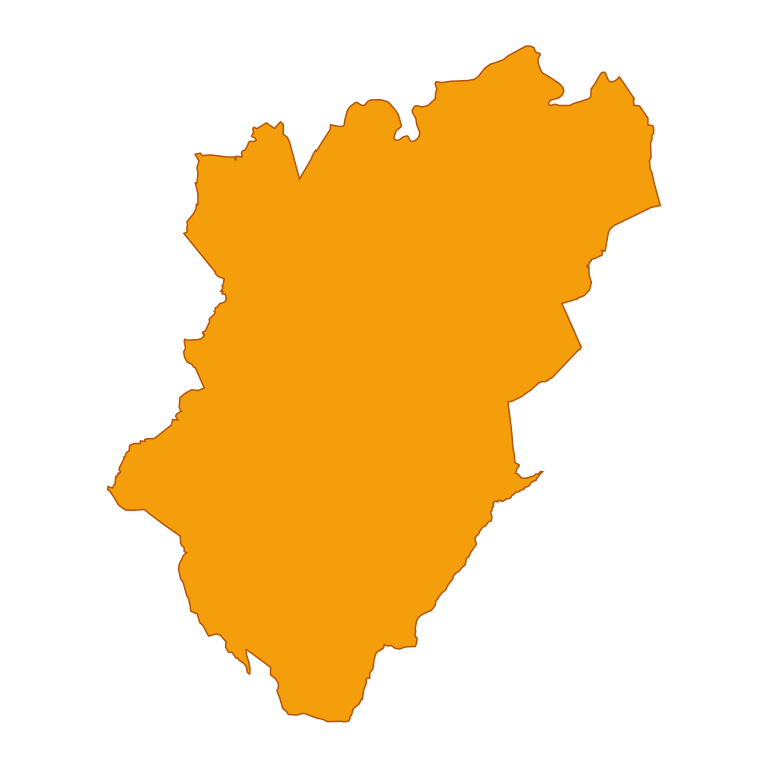 Penjamillo, Michoacán, Mexico
{"feature_id": "50627088B96550332403790", "entity_name": "Penjamillo", "entity_type": "district", "adm_level": 2, "iso_a3": "MEX", "parent_name": "Mexico", "parent_adm1": "Michoacán", "projection": "albers", "projection_center": [-101.903, 20.095], "detail": "fine", "context": "isolated", "style": "filled", "palette": "amber", "viewbox_px": 768, "rotation_deg": 0, "n_neighbors": 0, "source": "geoboundaries", "source_scale": "gbopen_adm2", "svg_char_len": 6078}
<svg xmlns="http://www.w3.org/2000/svg" viewBox="0 0 768 768"><path d="M330.6,124.8L330.2,129.4L316.3,151.2L315.5,150.3L312.6,155.2L311.4,158.7L299.5,179.0L289.4,141.6L287.1,137.1L283.3,134.3L283.4,124.6L280.5,121.7L274.5,128.4L266.3,122.9L256.8,128.7L254.3,127.3L253.5,127.4L252.8,129.7L253.6,131.8L251.6,136.5L254.4,137.6L256.3,139.8L256.2,140.4L254.4,141.3L249.8,141.3L248.7,142.2L247.8,144.9L245.4,149.4L245.0,150.1L242.5,151.0L241.4,153.0L242.2,156.8L235.9,156.3L235.8,160.8L234.3,157.0L227.0,157.0L210.3,154.9L202.5,155.6L200.3,153.2L195.4,154.1L195.3,154.9L199.0,160.7L197.0,167.5L197.9,173.4L197.0,183.0L195.3,182.8L197.9,193.6L197.9,204.8L196.4,204.3L196.1,208.6L192.9,214.5L187.1,221.4L187.5,225.7L186.9,227.2L187.1,232.1L183.8,233.4L215.3,272.1L215.4,273.6L218.1,276.4L224.2,278.8L222.8,285.9L222.1,285.8L222.9,288.0L220.7,291.3L222.8,291.6L222.0,293.8L225.1,294.2L226.0,296.7L226.0,299.7L225.3,301.3L223.2,302.7L220.1,303.4L216.7,307.5L215.3,307.9L214.9,311.2L214.2,311.6L214.9,312.0L214.9,313.5L209.2,319.0L209.5,322.0L205.8,330.0L204.8,331.2L203.2,331.7L202.6,332.8L202.6,333.3L203.8,333.7L203.6,335.1L204.4,335.3L203.4,336.8L200.2,339.1L196.8,339.7L188.0,340.2L184.5,339.3L184.3,341.8L185.4,346.9L185.2,349.1L183.6,351.9L184.6,357.3L187.3,362.2L191.7,364.2L193.6,366.9L195.4,368.0L204.3,387.9L198.2,390.5L191.6,389.8L185.0,393.4L179.9,397.7L179.2,407.4L180.6,410.5L181.4,411.2L177.4,413.4L176.2,414.7L175.6,416.3L177.9,420.0L172.7,419.5L171.4,425.0L158.0,435.6L154.0,438.6L147.1,438.6L147.1,439.1L144.9,439.4L145.0,441.4L140.4,440.9L140.2,443.6L134.7,443.4L129.6,445.4L129.1,450.8L126.4,452.7L124.7,457.2L123.9,457.1L123.4,459.9L119.5,467.5L119.0,470.1L120.6,471.4L119.3,473.7L118.3,473.1L116.7,476.6L115.7,476.5L115.0,484.2L114.0,484.8L112.4,488.0L108.1,486.5L107.7,489.8L109.5,490.6L113.7,496.8L117.2,502.6L117.3,503.6L118.3,504.2L119.1,505.6L125.3,509.9L131.2,510.4L142.3,509.6L145.1,509.8L148.3,512.9L162.5,523.6L180.2,536.1L180.7,543.5L181.8,545.6L183.4,546.8L184.2,548.3L184.2,551.6L186.6,552.7L183.6,555.2L179.3,564.1L178.5,569.0L180.6,578.6L183.2,582.6L186.8,595.9L188.3,597.9L189.9,604.9L190.4,605.3L190.2,607.7L191.0,611.3L197.4,614.0L199.4,621.6L200.4,623.2L202.9,625.3L208.3,635.6L209.0,636.1L215.8,634.0L220.1,635.0L226.0,641.7L225.6,647.1L228.3,651.9L232.4,652.7L235.9,658.0L237.6,657.8L238.5,659.8L243.3,663.1L246.1,666.0L247.5,672.6L249.7,674.0L250.0,669.1L249.0,662.9L246.5,654.6L246.1,649.7L246.7,649.6L270.6,667.3L270.5,674.7L275.8,679.0L278.1,682.9L278.5,685.2L278.1,688.9L277.2,689.8L277.0,691.0L280.0,698.7L282.4,707.3L283.1,708.7L286.7,711.7L288.3,714.4L296.2,715.1L302.7,713.4L304.4,713.4L315.2,717.6L323.1,719.4L327.2,721.6L341.4,721.3L344.0,721.9L348.8,721.0L349.6,719.5L350.1,716.7L351.5,715.1L352.9,709.8L353.9,708.1L359.0,704.1L362.0,698.3L362.4,698.8L363.8,689.8L366.4,682.8L366.0,679.8L367.1,678.2L369.7,678.1L369.7,673.0L372.9,668.9L374.1,659.4L375.7,654.1L377.0,652.1L379.0,650.4L380.1,650.7L381.4,649.0L382.6,649.0L383.8,647.4L384.1,644.6L388.0,646.0L391.2,645.5L395.1,648.3L399.9,649.0L403.4,647.5L406.9,646.8L415.2,646.5L416.5,643.5L417.1,638.1L416.5,637.2L415.7,637.2L414.8,633.6L415.6,632.5L415.4,627.4L416.6,621.0L417.5,619.0L418.7,617.2L422.7,614.1L431.5,610.3L435.2,605.4L436.1,600.2L437.4,599.6L439.5,595.9L442.0,592.9L445.8,589.7L448.4,584.3L452.5,579.4L453.5,575.5L456.1,572.9L459.0,571.3L460.8,568.8L465.1,564.8L466.6,558.2L468.9,556.7L470.4,552.9L476.4,544.2L475.1,539.4L475.1,537.6L478.8,533.7L480.2,530.5L482.3,527.7L484.2,526.3L485.5,526.0L488.4,521.9L491.1,521.0L492.0,517.5L490.6,512.0L492.1,510.2L492.1,508.2L493.5,506.3L493.1,503.0L494.8,501.3L497.8,501.9L497.6,500.6L499.3,500.7L500.7,500.2L501.0,501.2L503.4,501.1L506.5,498.9L510.0,498.3L511.3,496.8L511.6,495.6L513.4,494.8L515.9,492.0L517.7,492.1L522.9,489.4L523.9,489.4L524.9,487.1L527.3,486.8L528.8,485.9L531.6,482.1L536.1,480.2L536.5,478.8L541.4,472.6L542.6,471.8L540.5,471.5L538.5,473.8L535.4,474.2L533.8,476.1L530.8,476.5L528.7,477.5L524.9,478.3L521.5,477.9L517.9,474.1L515.4,473.1L517.3,468.0L519.0,466.1L519.2,465.0L514.8,462.4L514.4,454.8L513.0,448.4L511.5,430.3L508.0,402.2L512.2,401.1L521.5,396.6L531.3,389.6L538.7,383.0L541.8,381.6L544.1,381.7L546.5,381.0L548.4,380.2L549.7,378.6L551.7,378.1L577.7,350.7L580.0,349.3L581.2,347.1L561.9,303.5L577.9,298.7L577.9,297.6L581.5,296.9L584.4,295.3L589.4,290.2L591.4,282.2L589.1,275.3L588.9,267.3L587.7,267.6L587.0,265.6L588.7,265.9L589.3,262.4L591.2,260.9L591.4,259.3L594.5,258.6L602.1,255.1L602.3,252.1L601.6,250.3L604.7,251.3L605.1,250.8L608.1,233.9L609.2,230.6L610.5,228.6L614.0,225.5L651.4,207.3L660.3,205.5L654.4,184.0L651.9,172.8L649.8,168.0L650.1,166.9L649.4,161.1L651.1,156.9L650.5,143.2L652.0,138.8L652.0,135.2L653.7,133.2L653.5,127.2L652.6,125.7L647.9,124.8L647.9,118.0L639.6,106.1L633.8,105.1L633.5,98.7L634.2,98.7L620.3,78.1L619.2,76.9L617.1,79.4L614.6,81.0L612.4,81.8L610.3,81.7L609.0,80.9L607.8,79.1L605.3,72.8L603.5,72.1L601.4,72.9L599.9,75.0L594.8,83.9L591.1,89.1L590.9,95.1L590.3,97.4L588.6,98.8L573.2,103.7L569.8,105.5L559.4,105.5L554.9,104.2L550.2,105.5L548.6,104.3L548.6,103.0L550.5,100.2L558.6,97.9L561.5,95.7L563.4,92.8L563.8,90.4L562.9,87.7L559.8,83.9L549.0,76.7L543.3,73.5L541.4,71.5L539.3,66.8L538.2,62.7L537.9,59.2L540.3,54.2L539.7,53.4L536.4,52.6L534.8,50.3L534.0,47.8L530.4,46.1L525.9,46.1L508.0,55.9L502.9,60.0L490.0,64.4L484.6,68.4L477.7,77.2L474.1,79.3L468.4,80.5L450.6,81.3L441.8,82.6L436.2,81.7L435.1,83.5L436.9,89.3L435.6,92.9L435.2,98.8L428.5,105.1L425.0,106.4L421.4,106.8L416.5,105.7L414.5,106.4L412.2,110.3L412.5,112.7L415.8,118.4L416.7,124.5L419.8,132.5L419.0,136.1L417.7,138.4L415.6,140.2L413.6,141.1L411.8,141.5L410.3,140.9L407.9,136.3L406.8,135.9L403.0,137.0L400.1,139.3L397.7,140.2L395.9,140.4L394.0,139.1L394.3,136.3L395.9,131.5L396.8,130.1L400.9,127.0L401.5,125.8L398.2,114.5L395.3,110.0L389.6,103.3L387.5,101.8L381.0,99.8L370.6,99.9L367.7,101.5L364.8,105.0L363.5,105.5L360.5,104.8L357.3,102.5L355.5,102.5L350.0,106.6L347.5,110.2L344.7,120.3L344.3,124.6L343.5,125.8L341.1,126.5L337.6,126.3L330.6,124.8Z" fill="#f59e0b" stroke="#b45309" stroke-width="1.5"/></svg>